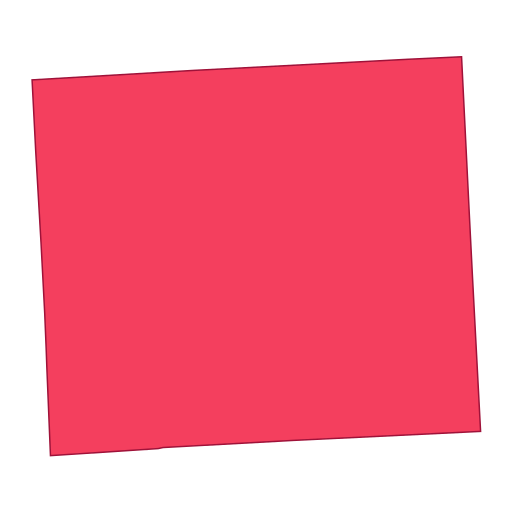 the district of Tippecanoe, Indiana, United States of America, rotated 267°
{"feature_id": "52423323B85350878130574", "entity_name": "Tippecanoe", "entity_type": "district", "adm_level": 2, "iso_a3": "USA", "parent_name": "United States of America", "parent_adm1": "Indiana", "projection": "albers", "projection_center": [-86.889, 40.389], "detail": "fine", "context": "isolated", "style": "filled", "palette": "rose", "viewbox_px": 512, "rotation_deg": 267, "n_neighbors": 0, "source": "geoboundaries", "source_scale": "gbopen_adm2", "svg_char_len": 375}
<svg xmlns="http://www.w3.org/2000/svg" viewBox="0 0 512 512"><g transform="rotate(267 256 256)"><path d="M444.2,471.7L444.5,417.4L444.5,364.2L444.6,202.1L443.6,41.6L372.2,41.5L280.3,42.0L209.9,42.0L174.4,41.6L156.0,41.3L67.4,40.3L68.8,148.2L69.6,153.1L69.9,283.2L69.1,471.1L229.0,471.1L282.3,471.2L444.2,471.7Z" fill="#f43f5e" stroke="#9f1239" stroke-width="1.5"/></g></svg>